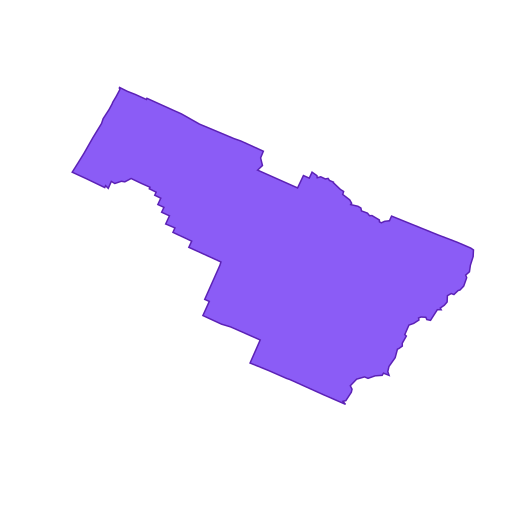 Lane, Oregon, United States of America (orthographic projection), rotated 24°
{"feature_id": "52423323B96718666714247", "entity_name": "Lane", "entity_type": "district", "adm_level": 2, "iso_a3": "USA", "parent_name": "United States of America", "parent_adm1": "Oregon", "projection": "orthographic", "projection_center": [-122.825, 43.864], "detail": "fine", "context": "isolated", "style": "filled", "palette": "violet", "viewbox_px": 512, "rotation_deg": 24, "n_neighbors": 0, "source": "geoboundaries", "source_scale": "gbopen_adm2", "svg_char_len": 1897}
<svg xmlns="http://www.w3.org/2000/svg" viewBox="0 0 512 512"><g transform="rotate(24 256 256)"><path d="M220.1,157.3L195.2,157.1L188.0,157.7L150.7,158.5L130.1,156.5L120.0,156.5L92.2,156.3L92.2,157.6L79.9,157.5L71.6,157.9L62.8,157.5L62.8,157.8L62.9,158.3L63.8,158.8L63.9,160.0L63.4,167.1L62.6,173.8L62.7,175.8L62.2,182.0L60.5,192.7L61.0,197.8L58.9,213.9L57.1,232.1L55.6,243.2L54.0,254.2L69.9,254.4L90.0,255.0L90.0,252.9L93.5,254.3L93.5,246.7L97.5,247.2L102.6,242.5L106.0,241.6L110.4,236.0L121.9,236.3L131.2,236.3L131.2,238.0L138.8,238.3L138.8,241.7L145.5,241.9L145.4,248.9L152.1,249.0L152.0,254.4L160.6,254.5L160.5,263.5L170.5,263.3L170.5,268.2L191.2,268.6L191.1,275.4L226.4,275.7L226.8,279.1L226.8,316.5L231.8,316.5L231.7,332.0L252.2,332.3L261.6,331.1L294.0,331.0L294.1,356.2L314.3,355.5L333.9,355.4L336.9,355.1L374.4,355.3L398.1,355.1L394.5,353.4L396.9,351.6L398.5,341.7L397.9,338.6L394.9,336.2L398.0,327.6L404.3,322.3L408.1,322.2L413.6,317.0L419.8,313.7L420.1,311.2L426.1,310.9L423.4,308.0L422.4,302.8L424.5,292.3L423.1,283.6L424.1,282.5L426.3,278.8L425.1,276.2L425.9,268.0L423.9,267.3L423.8,256.9L427.5,253.4L430.9,248.2L429.7,246.5L431.6,244.6L436.1,242.9L437.9,244.6L441.6,243.8L443.5,231.3L447.0,229.8L445.5,228.6L448.1,224.3L449.3,220.3L447.0,214.4L449.6,210.9L452.5,210.7L454.7,205.3L456.2,204.1L458.0,199.0L457.3,190.1L455.3,188.2L457.4,183.6L455.6,177.2L454.6,168.2L452.2,162.0L449.0,161.4L434.0,161.6L413.7,162.7L363.6,164.4L363.6,169.5L359.4,172.0L357.0,174.7L354.9,174.6L354.0,172.9L345.5,171.9L343.3,173.0L340.4,171.5L334.0,171.9L332.3,169.5L328.9,169.1L321.6,170.5L321.9,168.9L318.8,166.6L310.2,164.5L309.8,161.4L306.1,160.9L296.9,157.6L296.7,157.0L292.4,157.1L290.3,155.8L288.0,157.4L282.9,157.3L280.1,159.6L279.0,157.8L273.1,156.6L273.0,163.2L266.6,163.2L266.3,176.9L222.5,176.9L225.1,170.7L220.3,164.5L220.1,157.3Z" fill="#8b5cf6" stroke="#5b21b6" stroke-width="1.5"/></g></svg>